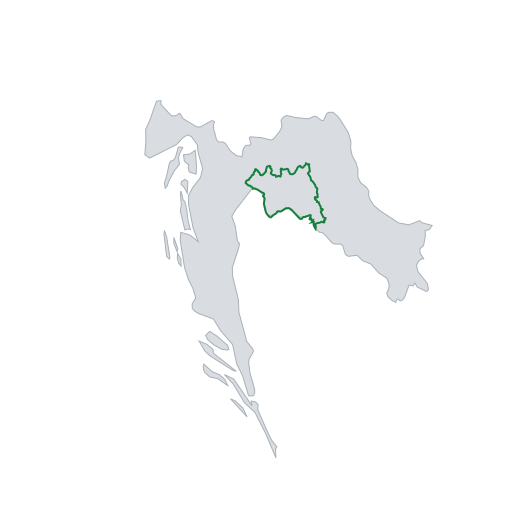 Croatia, with Sisacko-Moslavacka highlighted, rotated 31°
{"feature_id": "HRV-1587", "entity_name": "Sisacko-Moslavacka", "entity_type": "County", "adm_level": 1, "iso_a3": "HRV", "parent_name": "Croatia", "parent_adm1": "", "projection": "orthographic", "projection_center": [16.353, 45.412], "detail": "fine", "context": "in_parent", "style": "outline", "palette": "green", "viewbox_px": 512, "rotation_deg": 31, "n_neighbors": 0, "source": "natural_earth", "source_scale": "10m", "svg_char_len": 8184}
<svg xmlns="http://www.w3.org/2000/svg" viewBox="0 0 512 512"><g transform="rotate(31 256 256)"><path d="M94.5,171.8L96.5,175.0L111.1,179.4L114.3,177.8L116.3,175.2L116.4,173.6L117.6,173.1L122.8,175.8L138.7,175.9L141.9,174.0L148.1,163.1L150.1,162.1L151.4,162.6L152.2,165.9L154.5,169.1L162.3,176.7L165.3,177.6L168.3,175.6L171.4,175.1L180.1,179.2L187.4,180.0L192.9,178.1L190.3,172.1L189.9,169.0L190.3,166.4L194.1,163.8L193.9,162.7L189.4,158.0L189.7,156.8L199.6,151.8L209.1,148.9L210.7,146.7L212.1,137.0L211.6,131.9L207.8,127.0L207.6,124.5L208.5,122.0L210.0,119.7L218.2,117.1L230.2,111.5L233.9,106.2L236.1,105.4L242.7,106.1L244.1,104.8L243.2,97.3L244.4,95.3L247.9,93.2L253.7,94.0L258.6,96.0L271.4,102.6L278.2,108.7L282.0,115.5L287.2,120.8L293.7,124.5L298.9,129.5L302.7,135.9L308.1,139.4L314.9,140.1L319.3,142.2L321.1,145.8L324.9,149.0L330.6,151.9L339.3,153.3L361.3,154.2L371.0,150.5L378.1,141.4L381.2,142.0L391.3,139.1L390.8,144.4L387.8,146.9L391.1,152.2L394.3,161.0L392.8,165.5L394.9,168.8L401.2,172.0L399.5,173.1L398.2,176.1L398.2,181.4L403.3,186.2L416.8,191.2L420.9,195.5L421.0,197.4L420.3,198.7L410.1,199.5L406.2,197.3L405.9,200.9L402.2,202.2L404.7,215.1L404.0,218.9L402.6,220.2L399.7,219.7L399.0,220.9L399.7,223.7L396.0,224.1L390.0,222.9L387.2,220.4L386.6,215.5L384.6,211.6L379.8,207.7L369.9,207.3L358.4,203.7L350.1,205.1L342.1,203.4L335.4,208.7L331.9,208.7L324.9,202.4L322.8,202.1L316.8,205.4L314.4,205.6L304.3,202.3L300.6,201.8L297.9,203.0L293.1,201.8L281.4,193.5L274.3,199.9L259.6,198.4L255.3,202.8L250.3,211.0L246.3,215.0L242.7,213.6L238.6,209.9L231.4,200.5L227.7,198.8L223.5,198.4L219.8,199.4L217.8,201.3L214.8,227.0L214.7,234.3L222.8,241.0L232.3,252.6L235.4,253.9L236.9,257.7L241.7,278.3L246.6,285.6L263.3,302.4L270.4,313.1L292.0,333.9L301.5,337.5L303.0,339.4L303.2,347.6L304.2,350.6L310.7,359.0L323.8,371.3L325.4,374.1L325.8,376.3L325.0,377.9L321.6,379.6L306.5,365.8L294.8,358.2L281.5,343.9L264.0,338.2L252.0,331.9L236.8,334.9L231.9,334.9L228.4,333.8L225.9,329.8L225.9,322.8L218.9,316.5L209.5,310.4L200.5,302.5L182.8,281.3L179.3,274.5L188.6,272.1L199.2,273.5L187.8,264.5L171.7,246.7L166.9,238.4L166.5,229.5L168.0,217.3L165.2,208.5L152.9,196.9L148.4,190.8L139.3,187.0L135.2,187.3L132.6,191.6L130.5,201.4L114.5,226.8L108.6,226.5L102.3,214.0L96.3,204.5L95.1,194.6L91.0,174.5L94.5,171.8ZM372.1,408.8L372.3,411.7L377.1,418.8L355.8,403.3L335.8,390.7L321.7,387.7L302.5,377.5L290.0,373.9L300.2,372.9L329.8,386.5L326.5,382.9L330.7,381.3L334.3,382.3L336.7,386.8L353.5,398.8L364.2,405.8L372.1,408.8ZM143.8,241.6L143.3,244.7L139.9,240.7L138.3,233.6L134.3,222.2L133.8,219.0L136.1,215.9L136.1,212.7L133.3,202.7L135.9,201.1L137.4,200.9L137.8,207.9L139.1,211.9L143.2,216.8L142.1,224.9L142.7,236.4L143.8,241.6ZM162.5,216.7L155.5,218.3L152.3,215.1L151.5,212.6L145.8,211.7L141.7,206.5L146.7,202.8L149.5,196.7L158.7,209.6L162.5,216.7ZM274.8,353.6L265.6,353.9L257.6,352.5L253.7,350.0L255.2,344.4L264.0,344.8L277.6,347.2L280.9,350.1L279.9,351.4L274.8,353.6ZM298.6,365.0L294.6,365.9L268.6,365.4L261.1,363.8L251.0,358.2L259.4,357.0L267.3,358.2L269.7,361.3L298.6,365.0ZM183.2,268.2L181.6,270.3L167.6,256.0L166.1,251.3L159.2,241.6L158.2,238.9L164.6,245.4L167.0,246.0L173.0,252.2L179.0,260.2L186.1,267.1L183.2,268.2ZM267.0,375.5L277.8,377.7L285.7,376.6L292.9,377.9L298.5,381.6L286.1,380.9L278.7,383.5L272.2,382.2L269.7,380.5L267.9,378.4L267.0,375.5ZM182.7,301.2L183.4,303.2L179.6,302.4L165.9,284.7L164.4,281.3L169.4,285.5L182.7,301.2ZM159.2,227.2L164.8,237.7L159.5,234.4L154.7,233.1L153.8,230.7L155.6,226.9L159.2,227.2ZM323.1,393.1L331.2,398.5L307.7,391.6L312.8,390.8L323.1,393.1ZM193.2,297.3L197.0,303.2L193.4,302.0L189.6,298.3L187.5,294.2L193.2,297.3ZM185.3,290.1L186.1,292.9L179.1,287.5L175.9,282.3L185.3,290.1Z" fill="#d9dde1" stroke="#a8b0b8" stroke-width="1"/><path d="M283.0,196.8L282.7,196.3L282.7,195.6L282.6,195.0L282.2,193.3L281.7,192.9L280.2,194.2L280.0,194.6L279.6,195.2L279.0,195.9L278.5,196.2L278.2,197.1L277.7,197.5L277.1,197.7L276.5,198.3L276.2,199.3L276.2,200.0L276.1,200.5L275.4,201.2L274.0,201.4L262.8,198.1L259.5,198.0L256.9,199.8L255.0,203.9L254.3,205.1L253.7,205.5L252.2,206.0L251.7,206.4L251.3,207.1L251.3,207.6L251.4,208.1L251.3,209.0L251.0,209.7L249.9,211.8L249.2,214.1L248.9,215.2L247.6,215.6L245.5,215.1L243.3,214.2L241.7,213.2L236.6,208.0L235.6,206.7L234.4,203.6L233.6,202.1L232.9,201.6L231.6,201.3L231.1,201.0L231.2,200.6L231.4,200.0L231.4,199.3L230.9,198.6L230.3,198.2L229.6,198.2L228.4,198.5L223.0,198.3L219.9,198.8L218.7,199.9L217.7,199.2L217.2,199.1L216.8,199.0L216.6,199.0L216.5,198.9L216.4,198.8L216.2,198.8L215.7,199.1L215.3,199.0L215.0,198.9L214.2,198.9L214.0,199.0L213.8,199.1L213.5,199.4L213.3,199.5L213.2,199.5L209.5,198.7L209.3,198.5L209.2,198.2L209.2,197.5L209.1,197.1L209.0,196.7L209.1,196.4L209.3,196.1L209.7,195.5L209.9,195.0L210.7,194.3L210.8,194.1L210.7,193.8L210.6,193.5L210.5,193.2L210.5,192.8L210.6,192.4L210.9,191.4L211.0,191.0L211.0,190.5L211.0,190.0L211.0,189.6L210.9,189.2L210.9,188.8L211.0,188.4L211.9,187.7L211.9,187.3L211.7,186.9L211.6,186.5L211.2,186.0L211.1,185.7L211.1,185.1L211.5,183.8L211.5,183.4L211.4,183.2L210.8,182.7L210.6,182.4L210.7,182.1L211.0,181.8L211.7,181.6L213.2,182.0L213.9,182.0L214.2,182.2L214.6,182.7L214.8,182.8L215.4,182.7L215.8,182.8L216.3,183.0L216.8,183.4L217.2,183.8L217.5,184.1L217.9,184.2L218.3,184.2L219.4,183.8L219.8,183.5L220.0,183.1L220.0,182.3L220.6,181.2L220.7,180.8L220.6,180.1L220.7,179.6L220.8,179.2L221.0,178.8L221.1,178.4L220.8,178.0L220.5,177.4L220.2,177.0L219.4,173.8L220.9,172.0L221.8,171.7L222.1,171.8L222.3,171.9L222.5,172.1L222.6,172.4L222.6,172.7L222.5,172.9L222.7,173.1L222.9,173.2L224.4,173.5L225.6,174.8L225.9,175.5L225.9,176.0L225.8,177.0L226.3,177.7L228.6,177.9L229.4,177.7L229.9,177.3L230.3,176.9L230.7,176.9L231.3,176.9L231.7,177.0L232.0,177.2L232.5,177.7L234.0,175.8L234.4,175.6L235.1,175.4L235.8,175.5L236.0,175.4L236.0,175.0L235.9,174.9L235.7,174.6L235.6,174.3L235.6,173.1L235.5,172.7L235.1,172.3L234.2,171.5L234.0,171.3L233.8,171.0L233.8,170.7L233.8,170.1L233.6,169.8L233.4,169.6L232.9,169.4L232.7,169.3L232.5,169.1L232.5,168.6L232.5,168.3L232.7,168.0L232.9,167.9L234.2,168.0L234.7,167.9L235.1,167.7L236.7,166.4L237.6,165.4L237.8,165.2L238.2,165.1L238.5,165.1L238.9,165.2L239.5,165.5L240.0,166.3L240.1,166.5L240.4,166.7L240.9,166.7L241.3,166.9L241.7,167.2L242.1,167.6L242.6,167.9L243.2,168.1L244.7,167.4L245.5,166.8L246.5,164.4L246.2,162.1L246.5,161.1L246.1,158.9L246.2,158.2L246.3,157.6L247.2,156.3L247.5,156.0L247.8,156.0L248.7,156.6L249.1,156.7L249.3,156.7L250.4,156.3L250.6,156.2L250.8,155.9L251.0,154.3L251.4,152.7L251.4,152.2L251.4,151.9L251.4,151.5L251.2,150.9L253.5,150.9L253.8,150.2L254.0,150.1L254.3,150.0L254.5,150.2L254.6,150.7L255.3,151.8L257.6,154.6L258.5,155.5L258.5,156.0L258.2,156.5L258.0,157.1L257.9,158.1L257.9,158.4L258.1,158.6L258.5,158.6L259.0,158.8L259.6,159.3L260.1,159.6L260.7,159.7L261.4,160.0L262.7,161.0L263.5,162.1L264.1,162.6L264.3,162.8L265.4,162.8L266.5,163.0L270.3,164.8L270.6,165.0L271.2,165.8L271.6,166.1L272.2,166.3L273.5,166.4L273.8,166.7L274.1,167.0L274.9,169.1L275.1,169.6L275.6,170.4L275.9,170.7L276.4,170.9L276.6,171.0L277.3,172.0L278.1,173.1L278.4,173.6L278.5,173.9L277.5,174.9L277.2,174.9L276.9,174.9L276.7,174.8L276.4,174.9L276.3,175.1L276.3,175.4L276.7,176.2L277.1,176.6L277.5,176.9L277.9,177.1L278.4,177.2L279.5,177.1L279.9,177.3L280.2,177.6L280.5,178.1L280.6,178.3L280.9,178.2L281.9,177.6L283.9,179.2L285.8,180.2L286.1,180.5L287.2,182.1L287.8,182.0L288.6,181.6L288.9,181.5L289.1,181.6L289.3,181.8L289.4,182.2L289.3,182.7L289.2,183.0L289.0,183.4L288.7,183.9L288.7,184.2L288.7,184.6L288.8,184.8L289.4,185.3L294.0,188.2L296.1,187.7L296.6,189.1L296.6,189.4L296.5,189.6L296.2,189.9L296.0,190.1L295.9,190.4L296.2,190.8L297.0,191.5L297.2,191.9L297.1,192.1L296.8,192.4L296.1,192.6L295.6,192.6L295.3,192.7L294.6,192.9L294.4,193.0L294.2,193.3L293.6,194.5L292.7,195.3L292.4,195.5L291.0,197.0L290.8,197.3L290.7,197.5L290.6,198.3L290.7,198.6L290.9,198.9L291.5,199.3L292.2,200.1L293.0,202.0L291.6,201.3L289.2,199.5L288.0,197.1L287.7,197.4L286.8,198.0L286.5,198.3L286.7,197.6L286.8,197.1L286.7,196.7L286.5,196.1L285.9,197.1L285.3,196.7L284.6,195.8L283.8,195.5L284.0,196.1L284.2,196.6L283.0,196.8Z" fill="none" stroke="#15803d" stroke-width="2"/></g></svg>